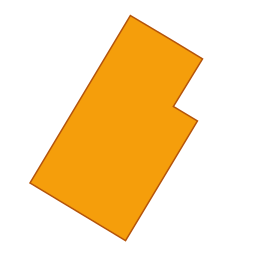 outline of Rusk, Wisconsin, United States of America, rotated 301°
{"feature_id": "52423323B92810737179268", "entity_name": "Rusk", "entity_type": "district", "adm_level": 2, "iso_a3": "USA", "parent_name": "United States of America", "parent_adm1": "Wisconsin", "projection": "mercator", "projection_center": [-91.064, 45.465], "detail": "fine", "context": "isolated", "style": "filled", "palette": "amber", "viewbox_px": 256, "rotation_deg": 301, "n_neighbors": 0, "source": "geoboundaries", "source_scale": "gbopen_adm2", "svg_char_len": 261}
<svg xmlns="http://www.w3.org/2000/svg" viewBox="0 0 256 256"><g transform="rotate(301 128 128)"><path d="M30.4,72.3L30.2,183.9L169.8,183.9L169.8,155.8L225.6,156.3L225.8,118.9L225.6,72.1L30.4,72.3Z" fill="#f59e0b" stroke="#b45309" stroke-width="1.5"/></g></svg>